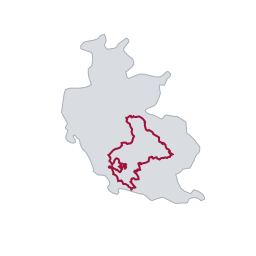 Bern on a map of Switzerland (Mercator projection), rotated 246°
{"feature_id": "CHE-3424", "entity_name": "Bern", "entity_type": "Canton", "adm_level": 1, "iso_a3": "CHE", "parent_name": "Switzerland", "parent_adm1": "", "projection": "mercator", "projection_center": [7.53, 46.838], "detail": "fine", "context": "in_parent", "style": "outline", "palette": "rose", "viewbox_px": 256, "rotation_deg": 246, "n_neighbors": 0, "source": "natural_earth", "source_scale": "10m", "svg_char_len": 7699}
<svg xmlns="http://www.w3.org/2000/svg" viewBox="0 0 256 256"><g transform="rotate(246 128 128)"><path d="M184.3,83.0L185.6,83.9L188.6,86.7L187.9,91.4L184.4,99.1L182.5,105.3L182.3,110.0L182.7,112.3L183.3,112.2L186.7,112.6L188.4,112.6L193.7,113.8L198.0,115.7L198.9,117.7L199.4,120.1L204.5,123.4L210.4,125.5L212.4,124.8L219.6,117.1L222.5,118.4L224.2,122.5L224.1,124.7L222.1,132.8L221.7,137.2L223.5,140.1L223.6,142.3L223.1,144.4L220.2,144.5L216.3,143.4L213.0,139.9L210.6,140.3L208.4,141.2L207.3,144.6L206.3,148.5L206.6,150.7L208.2,152.4L209.4,156.0L210.2,160.7L210.9,162.8L210.2,163.7L208.1,164.4L206.4,163.7L203.5,158.2L202.1,156.1L199.7,155.7L195.6,157.0L189.2,160.2L186.6,160.2L184.5,159.5L182.4,156.9L180.7,151.8L180.1,148.6L178.9,148.7L174.8,147.7L172.9,149.0L172.9,154.2L172.5,160.7L170.5,164.9L164.8,172.1L162.7,175.3L161.9,177.6L161.7,179.5L162.6,182.9L163.8,186.2L162.8,188.0L159.8,189.0L157.7,187.0L156.9,183.5L152.3,178.7L154.4,174.7L154.0,173.7L146.4,171.6L143.1,168.6L138.6,163.3L137.7,161.0L137.9,153.5L137.6,151.7L137.0,150.8L134.8,150.9L131.7,153.5L128.8,157.3L123.0,161.7L122.4,162.6L124.4,166.9L124.3,168.5L119.5,175.3L118.6,177.5L112.6,181.7L109.8,183.3L101.4,180.2L99.1,179.8L95.4,181.9L90.1,183.9L81.5,185.9L78.4,184.4L76.9,183.1L76.2,181.0L74.0,177.4L71.6,175.3L69.9,173.0L67.7,170.4L66.2,168.3L68.2,161.4L66.8,159.0L66.0,155.6L66.4,153.3L65.6,152.7L57.9,151.4L51.5,151.8L46.9,154.1L43.2,157.9L42.7,158.7L43.0,159.4L44.8,162.9L41.7,166.5L36.8,169.4L33.4,169.7L31.9,169.1L31.8,165.2L34.7,163.7L37.2,161.2L38.1,157.6L38.4,155.0L35.7,151.9L36.0,150.1L37.7,146.5L38.7,143.3L40.0,140.5L45.4,136.0L50.7,131.5L51.5,126.7L51.9,120.8L52.7,119.4L59.9,115.9L61.7,114.5L62.6,112.5L68.3,105.9L74.0,99.3L75.1,97.1L76.0,95.8L76.0,94.8L75.3,93.9L72.6,93.4L71.7,91.3L74.7,87.6L78.3,85.3L81.8,85.2L83.3,86.3L83.2,87.5L84.7,88.9L87.4,89.3L90.7,88.8L94.0,87.4L96.1,84.1L97.2,81.6L102.4,78.7L105.9,80.1L115.8,80.5L122.9,79.7L127.4,77.8L133.0,77.8L136.7,78.9L137.3,78.7L138.4,78.5L139.4,77.4L142.9,76.7L143.4,75.8L143.2,74.9L142.6,74.5L138.3,74.9L136.6,74.2L136.2,72.6L137.6,69.9L140.8,67.6L143.5,67.0L145.4,67.7L150.1,71.9L151.3,72.0L151.9,71.2L152.9,70.8L154.5,71.6L156.4,74.2L156.7,74.6L167.2,73.7L169.6,73.7L176.8,78.3L184.3,83.0Z" fill="#d9dde1" stroke="#a8b0b8" stroke-width="1"/><path d="M138.0,130.7L137.7,131.5L137.6,131.8L137.7,132.4L137.8,132.8L138.0,133.3L138.1,133.5L138.1,133.9L138.2,134.1L138.2,134.4L138.2,134.7L138.1,135.3L138.0,135.5L137.7,135.6L137.3,135.6L136.6,135.4L136.3,135.5L136.1,135.7L136.1,136.4L136.3,137.0L136.5,137.8L136.0,137.8L135.2,138.9L134.9,139.4L134.7,139.9L134.5,140.9L134.3,142.2L134.1,142.6L133.9,142.9L133.4,143.3L132.7,143.8L132.3,144.2L130.3,145.3L129.3,145.6L127.1,146.1L126.8,146.1L126.6,146.0L126.4,145.9L126.4,145.7L126.3,145.4L125.2,145.3L124.2,144.8L123.8,144.5L120.1,143.8L119.0,143.9L117.6,144.8L117.4,145.0L117.7,145.6L117.7,145.8L117.7,146.0L117.6,146.3L117.4,146.5L116.3,147.3L114.7,148.4L113.8,148.7L113.4,148.8L112.7,148.8L112.2,148.6L107.0,152.4L106.5,152.5L103.7,151.1L102.8,151.0L102.6,151.1L102.4,151.2L102.3,151.6L102.2,151.8L101.8,152.1L101.6,152.3L100.2,152.7L99.2,153.3L99.5,153.7L100.0,154.0L99.4,154.6L97.9,155.2L97.5,155.3L97.2,155.3L95.8,154.9L94.0,154.9L93.3,155.0L93.2,155.2L92.7,155.7L91.8,156.4L90.1,156.9L89.9,156.8L89.6,156.7L89.6,156.0L89.6,155.6L89.2,155.5L87.8,155.9L87.7,156.0L87.6,156.5L87.3,157.1L85.8,158.0L85.7,156.7L85.8,156.5L86.0,156.1L86.0,155.9L85.9,155.8L85.6,155.6L85.0,155.0L84.6,154.6L85.1,153.1L85.1,152.8L85.0,152.3L84.9,151.9L84.7,151.4L84.8,151.2L85.5,150.7L85.9,150.2L86.1,149.8L86.1,149.4L86.0,148.6L86.0,148.3L86.2,148.1L86.4,147.8L86.7,147.2L86.8,146.7L86.9,146.2L86.9,145.8L86.9,145.3L86.9,145.1L86.8,144.9L86.6,144.5L86.4,144.0L88.1,142.4L89.3,142.3L89.5,142.3L89.7,142.0L89.8,141.5L89.9,140.6L89.7,138.8L90.2,138.2L90.4,138.1L91.0,138.2L91.4,138.4L91.7,138.4L92.1,138.0L92.2,137.8L92.1,137.5L92.3,136.0L92.4,135.6L91.9,135.2L91.7,134.9L91.4,134.9L91.2,134.8L91.1,134.7L90.9,134.4L90.5,134.1L90.3,134.0L89.6,133.7L89.4,133.6L89.3,133.4L89.2,132.9L89.1,132.0L89.1,130.3L89.2,129.3L89.7,127.3L89.7,126.3L89.6,125.7L89.5,125.4L89.5,125.2L89.8,125.0L90.1,125.0L90.2,125.3L90.4,125.4L90.6,125.4L90.9,125.3L91.3,124.9L91.5,124.4L91.3,123.0L87.8,122.7L85.6,122.1L85.2,122.1L84.8,122.1L84.8,121.9L85.1,121.3L85.2,120.9L85.3,120.6L85.2,119.9L85.1,119.5L85.1,119.3L85.0,119.0L84.8,118.6L84.7,118.4L84.8,118.3L85.4,118.1L85.6,117.9L86.1,117.3L86.2,117.1L85.9,116.7L85.8,116.3L85.8,116.2L85.7,116.0L85.3,115.9L82.1,117.2L78.7,117.5L76.9,116.8L77.3,115.7L77.5,115.2L77.8,114.2L77.9,113.9L78.0,113.7L79.0,113.3L79.5,113.0L79.9,112.7L80.0,112.4L80.0,112.0L79.9,111.5L79.8,111.1L80.0,110.8L80.1,110.7L79.9,110.4L79.6,110.1L78.3,109.4L77.7,109.3L77.7,108.4L70.9,110.5L70.7,110.5L70.7,110.1L70.8,109.7L71.0,109.5L71.1,109.3L71.3,108.5L71.3,108.1L71.3,107.8L71.2,107.5L70.9,106.9L70.5,106.3L69.6,105.8L70.7,105.9L71.1,106.2L71.3,106.4L71.5,106.5L71.8,106.4L72.3,106.1L73.8,104.9L74.3,104.6L75.3,104.7L75.7,104.6L76.2,104.1L76.6,103.8L77.3,103.4L77.7,103.0L78.0,102.6L78.2,102.2L78.6,101.7L78.7,101.4L78.7,101.1L78.9,100.9L79.2,100.9L80.5,101.0L82.6,100.6L82.9,100.4L82.8,100.1L82.7,99.6L82.7,99.4L82.8,99.1L83.2,98.8L83.4,98.6L83.5,98.4L83.4,98.1L83.5,97.4L87.1,98.2L87.9,98.1L88.6,98.0L89.7,97.6L90.2,97.3L90.5,97.0L90.7,96.8L90.9,96.7L91.2,96.5L91.5,96.3L91.6,96.1L91.7,95.8L91.8,95.7L92.0,95.7L92.2,96.3L92.6,96.5L97.3,96.8L99.9,96.1L99.5,97.1L99.3,97.4L98.9,97.7L97.5,98.1L97.2,98.3L96.8,98.6L96.3,99.1L95.9,99.5L95.0,99.9L94.1,100.6L94.2,101.1L91.0,102.5L90.9,102.8L91.1,103.3L91.2,103.6L91.3,103.9L91.5,104.1L92.2,104.4L92.4,104.6L92.5,104.8L92.8,105.5L92.7,105.9L92.8,106.0L93.1,106.1L93.6,106.0L93.9,105.8L94.2,105.4L94.6,105.0L94.9,104.8L95.2,104.7L95.5,104.4L95.8,104.3L96.4,104.1L96.5,105.0L96.6,105.3L96.9,105.6L97.1,105.8L96.9,106.1L96.5,106.5L96.2,106.5L95.9,106.5L95.7,106.3L95.1,106.7L94.8,107.1L94.7,107.4L94.8,108.1L94.8,108.4L94.5,108.5L93.7,108.8L93.1,108.7L92.8,108.7L92.3,108.6L92.2,108.6L92.1,108.9L92.1,109.1L92.4,109.6L92.7,110.1L92.9,110.3L93.1,110.4L94.3,110.0L94.6,110.0L94.8,110.6L95.1,111.4L95.9,111.2L96.2,111.0L96.4,110.8L96.4,110.4L96.3,110.1L96.1,109.6L96.1,109.3L96.3,109.1L97.4,108.6L98.0,108.0L99.1,106.4L99.7,105.8L100.2,105.7L101.4,106.5L103.3,106.6L103.6,106.5L104.1,106.1L104.3,105.7L104.7,105.5L104.9,105.3L105.0,105.1L105.0,104.9L105.0,104.6L104.7,104.0L104.1,102.9L103.4,101.9L102.7,101.6L101.9,100.6L101.8,100.1L101.6,99.4L101.0,98.7L103.9,98.3L105.4,97.6L106.9,99.4L107.4,99.7L108.6,99.8L109.4,99.4L109.8,99.6L111.3,99.2L111.4,100.5L112.0,101.6L113.1,104.1L113.3,104.5L113.5,105.0L113.7,105.5L113.7,106.2L114.1,108.1L113.7,108.7L113.6,109.1L113.5,109.8L113.5,111.0L113.4,112.3L113.4,112.7L113.5,113.1L113.8,113.6L114.1,114.2L114.3,114.4L114.5,115.5L115.6,115.6L115.9,115.8L116.9,116.0L116.6,117.5L116.3,118.3L116.1,118.7L116.0,118.8L115.9,119.2L115.9,119.4L115.8,119.6L115.6,119.7L115.4,120.1L115.3,120.3L115.1,120.5L114.9,120.5L114.5,120.4L114.4,120.5L114.1,120.7L113.7,120.8L113.5,121.2L113.5,121.6L113.6,122.3L113.5,122.8L113.4,123.1L113.0,123.5L112.9,123.8L113.3,125.1L113.3,125.6L114.0,126.3L116.8,128.6L117.3,129.4L117.9,130.1L118.2,130.1L118.5,130.1L119.2,129.7L119.9,129.4L122.1,129.5L123.0,129.7L124.8,131.0L125.4,131.2L125.7,131.3L125.9,131.3L126.9,130.9L127.4,130.8L129.7,131.0L130.5,131.3L130.9,131.3L131.4,131.1L132.8,130.1L134.7,129.4L136.1,130.6L136.4,130.5L137.0,130.4L138.0,130.7ZM85.9,120.4L86.1,120.3L86.2,120.1L86.2,119.9L85.6,120.1L85.7,120.4L85.8,120.3L85.9,120.4ZM99.8,94.5L100.1,94.6L100.3,94.9L100.4,95.1L100.5,95.4L100.4,95.7L100.3,95.9L100.0,96.0L99.2,95.8L99.0,95.7L99.1,95.1L99.8,94.5Z" fill="none" stroke="#9f1239" stroke-width="2"/></g></svg>